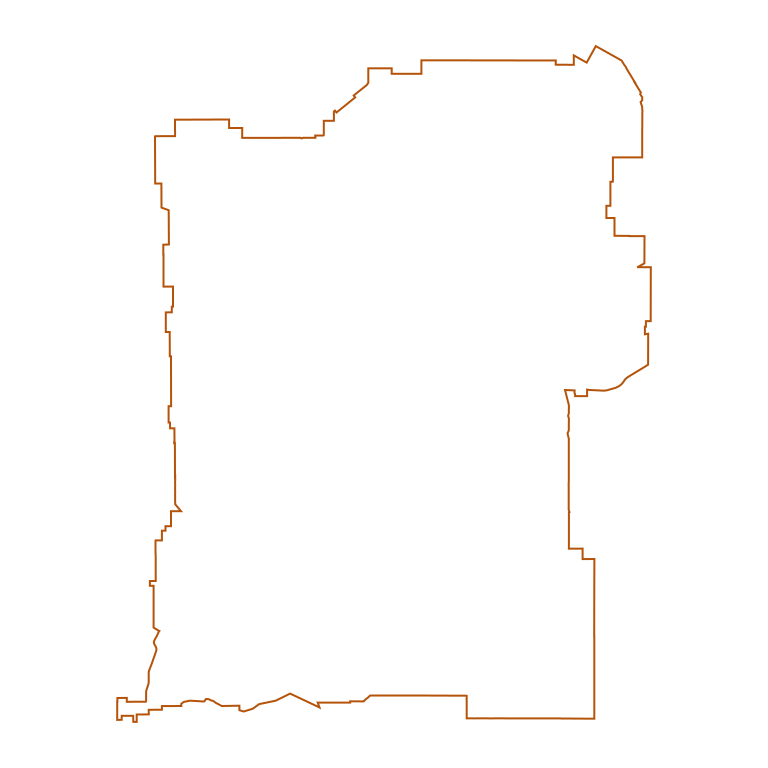 outline of Kellerberrin, Western Australia, Australia
{"feature_id": "25037944B15582539719607", "entity_name": "Kellerberrin", "entity_type": "district", "adm_level": 2, "iso_a3": "AUS", "parent_name": "Australia", "parent_adm1": "Western Australia", "projection": "albers", "projection_center": [117.81, -31.577], "detail": "fine", "context": "isolated", "style": "outline", "palette": "amber", "viewbox_px": 768, "rotation_deg": 0, "n_neighbors": 0, "source": "geoboundaries", "source_scale": "gbopen_adm2", "svg_char_len": 5860}
<svg xmlns="http://www.w3.org/2000/svg" viewBox="0 0 768 768"><path d="M582.6,548.6L575.7,548.7L574.3,548.7L573.5,548.6L572.9,548.6L568.9,548.7L568.9,540.8L568.9,536.4L568.9,529.2L568.9,526.1L568.9,520.3L568.9,513.3L568.8,512.7L568.9,512.4L569.0,512.3L569.5,512.0L569.2,511.4L569.0,510.8L568.8,510.1L568.7,509.4L568.7,508.7L568.7,485.7L568.6,485.4L568.8,481.3L568.8,477.6L568.8,461.3L568.8,438.8L568.8,438.5L568.7,438.2L568.1,435.9L567.7,434.1L567.6,433.7L567.7,433.1L567.7,432.9L568.0,432.3L568.4,431.5L568.6,430.8L568.7,430.6L568.8,430.0L568.8,427.2L568.8,424.0L568.9,418.7L568.8,418.1L568.2,416.2L568.1,415.9L568.3,415.2L568.7,413.8L568.8,413.4L568.8,413.0L568.9,412.3L568.8,411.3L568.9,407.9L568.9,406.5L568.9,405.5L568.8,405.0L568.7,404.5L568.4,403.1L567.9,401.4L567.4,399.3L567.0,397.8L566.7,396.8L566.3,394.9L566.1,394.2L565.6,392.2L565.0,390.0L574.6,390.4L574.5,393.0L575.1,394.1L575.1,396.1L587.1,396.1L587.1,389.6L587.7,389.7L588.2,389.8L589.1,389.9L589.4,390.0L591.8,390.1L598.5,390.4L602.3,390.6L603.1,390.7L604.0,390.6L604.8,390.6L605.4,390.5L606.2,390.4L606.9,390.3L615.0,388.0L616.3,387.5L617.5,386.9L618.2,386.6L618.8,386.3L619.3,385.9L619.9,385.5L620.5,385.1L621.0,384.6L621.5,384.2L622.5,383.1L623.2,382.2L624.5,380.3L624.8,379.9L625.1,379.4L625.5,379.0L625.9,378.6L626.4,378.2L626.9,377.8L627.4,377.4L628.0,377.0L631.4,374.9L636.5,371.8L641.8,368.6L648.1,364.7L648.2,333.7L644.9,334.3L644.9,326.7L645.9,326.7L645.9,321.1L650.7,321.1L650.8,267.2L637.2,267.2L637.4,267.1L637.8,267.0L638.0,266.9L644.4,263.3L644.5,236.1L629.5,236.1L629.5,235.9L614.5,235.8L614.5,218.0L606.4,218.0L606.4,205.8L610.4,205.8L610.4,205.7L610.4,181.8L612.7,181.7L612.8,181.7L612.9,179.7L612.9,176.7L612.9,166.1L612.9,157.4L624.3,157.4L629.0,157.4L637.7,157.4L639.5,157.4L642.2,157.4L642.2,154.8L642.2,150.8L642.2,145.2L642.2,131.6L642.3,124.5L642.3,120.0L642.3,112.9L642.4,112.4L642.4,111.0L642.3,109.2L642.2,108.8L642.2,107.1L640.6,102.1L642.2,100.3L642.2,97.2L640.2,94.3L640.8,92.5L634.8,82.7L635.1,82.7L626.7,68.9L625.7,66.7L624.2,64.8L621.7,60.7L621.4,60.4L595.8,46.1L586.7,62.6L573.8,55.4L573.8,64.8L555.7,64.7L555.8,60.5L493.8,60.4L421.4,60.3L421.4,73.8L420.7,73.8L391.7,73.8L391.7,68.3L368.3,68.3L368.3,82.8L366.9,84.9L353.7,95.5L355.2,97.4L336.5,112.5L335.0,110.6L333.9,111.5L333.9,120.8L323.8,120.8L323.8,134.9L323.7,135.3L323.2,135.5L315.2,135.5L315.2,136.4L315.4,136.3L315.4,137.8L303.0,137.8L301.8,138.4L300.5,138.0L300.4,137.8L242.2,137.9L242.2,128.0L229.1,128.0L229.1,119.5L175.0,119.7L175.0,129.4L175.1,132.9L175.0,136.1L171.1,136.1L155.1,136.2L155.0,136.3L155.2,183.5L161.4,183.5L161.5,207.6L165.1,208.9L168.7,210.2L168.9,244.5L163.3,244.7L163.3,254.4L163.5,254.4L163.5,286.6L173.0,286.6L173.0,306.6L171.8,306.7L171.8,312.3L165.8,312.4L165.8,322.2L165.8,327.5L165.8,328.9L165.8,332.0L169.7,332.0L169.8,356.3L171.0,356.3L171.1,406.2L168.6,406.2L168.6,422.5L170.0,422.5L170.1,428.3L174.4,428.3L174.5,441.3L174.4,441.6L174.4,441.9L174.2,441.9L174.2,443.1L174.9,443.0L175.0,476.6L175.2,476.4L175.2,479.8L175.1,480.9L175.1,481.5L175.1,482.0L175.1,482.5L175.1,483.8L175.2,485.1L175.1,487.2L175.1,489.0L175.1,489.4L175.2,490.3L175.1,490.8L175.2,492.5L175.1,493.1L175.1,493.7L175.1,495.8L175.2,496.5L175.2,497.1L175.1,497.4L175.1,497.9L175.1,499.4L175.1,501.3L175.2,501.5L175.2,501.8L175.2,504.2L175.2,504.3L175.3,504.4L179.1,508.9L181.0,511.2L171.0,511.2L171.0,526.2L165.5,526.2L165.5,530.7L161.9,530.7L161.9,540.4L155.6,540.4L155.5,542.3L155.5,546.2L155.5,551.4L155.5,551.5L155.7,556.3L155.7,581.0L149.9,581.0L149.9,585.8L153.6,585.8L153.6,627.6L156.4,629.3L158.0,630.3L159.3,631.0L159.0,631.3L158.5,632.3L157.0,635.6L156.6,636.4L156.3,636.9L155.7,637.9L155.1,639.0L154.5,640.2L154.2,641.0L153.9,641.8L153.9,642.4L153.9,643.0L154.1,643.6L154.5,644.5L155.4,646.1L155.9,647.0L156.2,647.6L156.3,648.3L156.4,648.7L156.4,649.1L156.4,649.6L156.3,650.3L156.2,650.9L155.6,652.6L155.1,654.2L153.3,659.2L152.1,662.7L149.0,670.8L148.8,671.3L148.8,671.8L148.7,673.0L148.7,676.0L148.7,681.3L148.7,682.8L148.6,683.2L148.3,684.3L147.9,685.8L147.0,688.4L146.2,691.0L146.2,691.7L146.2,692.0L146.1,692.5L146.1,696.4L146.1,698.6L146.1,700.1L146.1,700.7L146.0,701.2L145.9,701.7L145.4,701.7L126.8,701.8L126.8,697.9L117.4,698.0L117.4,701.5L117.2,701.5L117.2,719.9L121.7,719.8L121.7,715.8L133.2,715.8L133.3,721.9L136.7,721.9L136.7,714.5L148.8,714.4L148.7,709.8L161.9,709.7L161.9,706.1L181.3,706.0L181.2,704.2L181.3,704.0L181.4,703.7L181.6,703.5L183.7,702.0L183.9,701.9L184.2,701.8L184.5,701.8L189.8,700.7L190.2,700.7L195.8,701.0L199.2,701.2L201.4,701.4L204.0,701.5L204.4,701.3L205.8,699.1L206.0,699.0L206.3,699.0L208.6,699.2L208.8,699.2L209.0,699.3L210.5,700.1L211.5,700.5L212.4,700.7L212.9,700.9L213.1,701.0L213.6,701.2L213.9,701.4L214.2,701.6L214.7,702.0L215.1,702.4L215.7,702.8L216.5,703.2L218.6,704.3L221.8,706.0L239.4,705.7L239.4,710.2L243.7,711.5L252.6,708.8L259.2,704.1L275.7,700.7L290.1,693.6L315.8,705.7L319.5,707.5L317.7,702.6L350.2,702.6L350.2,701.3L363.8,701.4L363.9,701.2L364.0,700.9L364.2,700.7L364.5,700.4L364.8,700.1L365.9,699.2L366.6,698.6L367.8,697.7L369.7,695.9L370.1,695.7L370.3,695.5L372.8,695.5L376.3,695.5L387.3,695.5L391.3,695.5L403.0,695.5L407.2,695.5L411.0,695.5L412.7,695.5L466.3,695.7L466.7,695.8L466.7,698.4L466.7,698.5L466.6,699.0L466.5,699.5L466.6,699.8L466.7,700.2L466.7,704.1L466.7,706.6L466.7,707.8L466.7,717.8L466.7,718.4L470.6,718.3L474.8,718.4L476.1,718.3L484.5,718.3L490.0,718.4L501.9,718.3L506.4,718.4L509.9,718.4L515.1,718.4L518.7,718.4L520.2,718.4L539.4,718.4L547.2,718.4L550.1,718.4L551.3,718.4L560.5,718.4L561.2,718.5L594.3,718.7L594.3,711.3L594.3,702.6L594.3,695.0L594.3,693.1L594.3,686.3L594.3,683.8L594.3,674.0L594.3,673.1L594.3,669.6L594.3,663.3L594.3,659.7L594.3,648.2L594.3,644.4L594.3,639.4L594.3,635.8L594.2,635.8L594.2,635.5L594.3,580.7L594.4,559.0L582.6,559.1L582.6,548.6Z" fill="none" stroke="#b45309" stroke-width="2"/></svg>